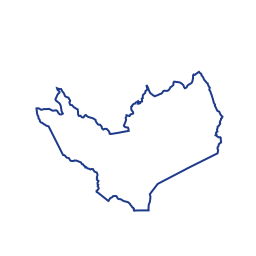 the district of Salgueiro, Pernambuco, Brazil, rotated 289°
{"feature_id": "56859067B37103296489231", "entity_name": "Salgueiro", "entity_type": "district", "adm_level": 2, "iso_a3": "BRA", "parent_name": "Brazil", "parent_adm1": "Pernambuco", "projection": "orthographic", "projection_center": [-39.072, -8.075], "detail": "fine", "context": "isolated", "style": "outline", "palette": "blue", "viewbox_px": 256, "rotation_deg": 289, "n_neighbors": 0, "source": "geoboundaries", "source_scale": "gbopen_adm2", "svg_char_len": 4332}
<svg xmlns="http://www.w3.org/2000/svg" viewBox="0 0 256 256"><g transform="rotate(289 128 128)"><path d="M116.7,35.1L112.8,37.0L111.6,37.6L110.3,38.7L109.7,39.5L107.8,40.4L107.2,41.6L105.7,42.6L104.9,43.7L105.0,45.0L104.2,47.3L104.1,48.3L103.7,49.5L103.6,50.6L103.7,52.4L81.3,75.4L81.6,76.4L81.3,77.5L80.7,78.6L80.0,79.5L80.3,81.9L78.7,83.7L78.3,85.0L78.8,86.2L79.0,87.3L79.9,88.0L80.0,88.8L80.4,89.9L80.3,91.9L80.2,93.5L80.2,94.7L78.9,96.1L78.9,97.5L78.0,98.5L77.8,99.7L76.8,100.5L77.4,101.3L76.6,102.8L76.8,104.6L76.5,105.9L77.4,106.9L77.7,108.3L76.9,109.0L76.2,110.1L75.7,111.2L75.8,112.9L75.0,113.5L74.3,114.2L73.1,114.6L71.3,114.5L70.3,115.3L69.3,115.2L68.6,116.0L68.4,117.3L67.4,117.3L66.4,117.0L65.0,117.5L64.6,118.4L63.1,118.2L62.5,119.1L61.4,120.0L59.9,119.7L58.2,118.7L57.3,119.2L57.1,120.5L56.7,121.7L54.5,127.9L53.7,130.2L53.0,132.0L52.7,133.3L53.8,133.5L54.8,133.8L55.8,134.0L56.7,134.9L57.6,135.7L58.6,136.0L59.2,137.0L59.6,138.2L59.8,139.3L59.1,140.1L58.4,140.8L57.8,141.9L57.9,142.8L58.2,143.8L58.2,145.2L57.7,146.5L57.6,147.9L57.6,149.0L57.7,149.9L57.8,151.1L57.9,152.1L57.4,153.4L56.8,154.7L55.9,155.6L55.3,156.8L54.3,158.0L54.3,158.9L53.6,159.9L52.5,160.0L51.8,160.8L52.5,162.0L55.6,170.8L56.0,172.1L56.8,174.3L57.9,173.8L62.0,172.6L65.5,172.7L69.2,171.9L70.5,171.5L72.5,170.2L77.7,171.9L81.0,173.0L84.8,174.3L91.3,180.4L93.9,182.9L110.4,198.5L133.2,220.9L135.4,220.6L136.5,220.4L137.7,219.3L139.0,219.0L140.0,219.4L140.9,219.4L142.2,219.1L143.6,219.9L144.6,220.7L146.8,219.7L147.7,219.3L148.9,218.9L149.3,218.1L148.7,216.8L149.2,214.8L149.7,213.2L150.6,213.8L151.6,212.8L153.1,213.0L153.7,213.7L155.6,212.6L157.5,212.7L158.5,212.3L159.5,213.1L160.7,213.4L162.0,213.8L162.8,213.1L164.5,212.9L166.1,213.2L167.1,212.9L168.3,213.6L169.5,213.6L169.8,212.7L171.0,210.9L173.2,208.9L173.3,207.0L174.8,205.4L175.8,204.5L177.4,202.8L178.4,202.7L179.0,201.9L179.8,200.9L181.4,199.9L182.9,198.9L185.3,197.1L186.9,196.0L187.5,195.3L189.4,194.0L190.6,192.4L191.6,192.3L192.8,192.2L193.3,191.2L194.0,190.5L194.9,189.6L196.1,188.8L196.3,187.7L196.9,186.9L197.6,185.7L198.5,184.2L200.4,182.5L201.8,180.3L202.9,179.8L203.5,178.1L204.2,176.8L203.4,176.2L199.9,173.8L199.9,172.6L198.9,172.4L196.2,173.3L192.7,173.7L191.3,173.4L190.1,172.5L188.3,170.9L187.5,170.5L185.3,170.1L184.1,168.9L184.8,167.8L186.5,166.4L187.4,164.5L187.9,162.3L187.8,160.8L187.4,159.5L186.9,156.6L185.9,156.2L183.5,156.9L181.5,155.8L180.4,154.9L177.6,154.4L176.1,153.4L175.7,152.5L175.0,150.0L174.4,149.4L171.9,148.7L171.1,148.1L170.5,147.1L168.6,145.3L167.6,143.8L166.7,143.1L167.1,141.1L168.4,137.5L169.7,136.2L170.4,135.5L172.7,133.7L174.7,131.5L173.2,132.2L171.8,133.3L170.6,133.7L168.6,132.5L166.8,132.8L165.3,132.1L164.1,131.4L162.1,131.8L161.1,132.3L160.2,131.4L159.5,131.9L157.7,132.7L156.5,131.0L155.5,131.4L154.7,130.6L154.3,129.6L155.8,129.7L156.7,128.8L155.3,128.0L154.7,127.1L153.5,126.8L152.8,125.7L151.8,125.1L150.7,124.6L149.9,124.8L149.2,124.1L147.6,124.7L146.3,125.2L144.7,127.6L143.8,128.1L143.0,127.9L142.4,127.0L141.7,125.9L139.8,125.6L139.6,122.4L138.4,122.7L136.7,122.5L135.3,123.5L133.9,123.6L132.4,123.5L130.3,123.5L129.2,123.2L128.3,123.9L128.0,125.0L128.0,126.0L128.4,127.8L127.4,128.7L126.2,129.2L125.5,129.6L122.1,123.5L120.9,121.5L117.7,115.6L116.7,113.6L116.6,112.5L117.7,112.1L118.3,111.3L118.9,110.7L119.3,109.8L119.9,108.9L120.2,107.9L119.5,106.1L118.5,105.2L119.2,103.5L120.8,102.5L122.0,100.6L121.6,99.4L121.6,98.4L122.3,97.4L123.0,96.4L124.1,95.2L125.0,94.8L125.7,92.2L125.7,90.9L125.6,88.4L125.5,86.8L126.0,84.9L126.6,84.0L125.7,83.0L124.5,82.9L123.3,82.2L123.2,80.8L124.1,79.1L123.4,77.7L124.4,76.5L127.8,75.1L129.2,74.4L129.5,72.3L129.9,71.0L130.0,70.1L131.4,67.6L131.0,66.1L131.7,65.2L133.2,64.2L134.8,64.5L135.8,63.6L136.5,62.6L137.3,61.9L137.3,59.3L137.8,57.9L139.9,56.2L141.1,54.2L143.0,52.1L142.4,49.5L142.5,48.0L141.1,49.0L140.8,49.9L140.0,51.4L139.1,51.7L137.7,50.8L135.9,50.4L134.4,50.3L133.3,50.2L132.5,50.1L131.6,50.0L130.6,50.8L129.6,53.4L129.3,54.4L128.8,55.4L128.2,56.2L127.4,56.9L126.1,57.7L122.0,59.9L121.4,60.6L120.4,61.7L119.0,60.4L118.7,59.4L118.9,58.4L119.6,57.2L121.1,55.6L121.3,54.1L120.8,53.3L120.0,51.5L119.8,50.6L120.1,49.3L120.4,47.4L119.8,45.7L119.3,44.9L118.7,42.7L118.2,41.9L117.1,40.4L117.0,39.5L117.4,38.0L117.5,36.8L116.7,35.1Z" fill="none" stroke="#1e3a8a" stroke-width="2"/></g></svg>